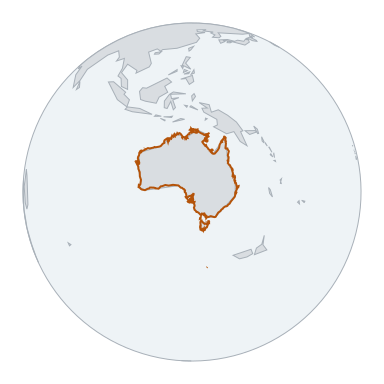 Australia on an orthographic globe, rotated 17°
{"feature_id": "AUS", "entity_name": "Australia", "entity_type": "country or territory", "adm_level": 0, "iso_a3": "AUS", "parent_name": "Oceania", "parent_adm1": "", "projection": "orthographic", "projection_center": [137.073, -32.4], "detail": "fine", "context": "on_globe", "style": "outline", "palette": "amber", "viewbox_px": 384, "rotation_deg": 17, "n_neighbors": 0, "source": "natural_earth", "source_scale": "50m", "svg_char_len": 10967}
<svg xmlns="http://www.w3.org/2000/svg" viewBox="0 0 384 384"><g transform="rotate(17 192 192)"><circle cx="192" cy="192" r="169" fill="#eef3f6" stroke="#a8b0b8"/><path d="M302.6,167.8L302.5,169.0L302.3,169.1L302.6,167.8ZM339.4,112.6L338.0,109.5L339.8,112.6L339.4,112.6ZM336.4,106.9L337.1,108.1L336.4,106.9L336.4,106.9ZM335.5,105.6L336.2,106.5L335.6,105.8L335.5,105.6ZM334.4,104.2L335.0,104.9L334.4,104.2ZM332.3,101.3L331.7,100.5L332.1,100.7L332.3,101.3ZM231.0,356.4L232.7,356.0L240.7,353.8L231.0,356.4ZM233.1,28.1L227.9,27.5L222.6,25.8L233.1,28.1ZM195.9,23.1L188.7,23.3L196.9,23.4L199.8,23.9L194.3,26.3L170.5,32.1L174.1,34.7L172.8,36.6L166.4,38.0L168.0,35.1L163.5,34.4L165.5,32.8L155.7,34.7L158.0,32.6L149.3,35.5L150.2,37.0L157.9,35.7L149.4,39.7L154.4,42.7L152.5,47.6L135.7,58.9L122.3,64.4L121.0,66.5L117.0,65.3L109.6,70.9L115.5,80.9L114.6,84.8L103.7,94.7L103.8,91.8L93.1,88.6L89.7,98.5L97.7,103.7L100.4,112.7L93.6,111.7L91.0,104.1L87.3,102.7L89.3,94.1L88.3,84.0L81.5,88.8L83.1,84.3L80.6,78.4L71.4,85.7L56.1,105.2L52.3,118.1L47.8,126.8L46.6,113.9L50.0,103.7L47.1,107.6L48.0,103.7L46.7,105.8L53.1,95.7L60.3,86.2L68.1,77.2L76.5,68.7L85.4,60.9L94.9,53.7L104.9,47.2L115.4,41.4L126.2,36.4L137.3,32.1L148.7,28.7L160.3,26.0L172.1,24.2L184.0,23.2L195.9,23.1ZM26.9,228.1L27.1,228.9L30.9,242.1L36.7,258.4L41.0,266.9L44.6,274.3L48.0,279.7L53.7,288.5L61.4,298.9L65.7,304.2L57.8,294.7L50.7,284.6L44.3,274.1L38.7,263.1L33.9,251.7L30.0,240.0L26.9,228.1ZM88.4,276.8L91.6,277.7L90.6,279.3L88.4,276.8ZM29.3,224.3L38.8,252.1L39.1,256.6L35.8,251.2L29.9,235.8L28.5,227.0L26.9,218.5L29.3,224.3ZM140.2,130.8L145.3,131.1L145.2,131.9L140.2,130.8ZM134.9,128.8L140.5,128.5L134.0,130.6L134.9,128.8ZM142.8,128.4L148.6,126.5L151.1,125.2L150.7,126.7L142.8,128.4ZM131.1,129.4L111.4,132.7L103.8,132.5L105.4,129.5L117.6,127.4L131.1,129.4ZM104.8,129.6L93.6,125.5L79.9,111.2L84.8,109.5L99.4,116.0L98.4,118.4L105.2,122.1L104.8,129.6ZM132.8,110.9L131.8,117.6L120.7,118.8L115.8,118.6L112.4,111.1L114.3,106.7L118.2,106.0L134.8,90.3L140.3,92.8L135.0,98.9L139.6,103.7L132.8,110.9ZM52.5,119.0L53.8,124.9L51.5,127.8L52.5,119.0ZM142.4,80.9L135.1,87.0L142.0,79.3L142.4,80.9ZM147.0,74.2L147.0,76.7L144.6,74.5L147.0,74.2ZM120.0,69.7L115.8,71.2L116.1,69.6L121.7,66.8L120.0,69.7ZM151.0,52.2L149.3,56.5L148.0,58.1L146.8,55.6L151.0,52.2ZM265.2,229.5L268.1,233.2L263.6,238.0L257.0,242.0L249.8,240.5L265.2,229.5ZM211.1,225.5L209.1,217.0L216.9,218.2L215.2,224.9L211.1,225.5ZM270.0,226.8L274.0,221.6L273.8,212.3L275.3,221.7L280.5,225.5L270.0,233.7L270.0,226.8ZM177.6,189.7L146.9,203.9L139.5,202.8L140.1,196.6L130.9,180.4L133.2,180.4L130.2,169.7L147.6,158.2L159.7,141.0L170.8,142.1L178.4,131.0L190.3,132.7L187.5,141.5L200.8,149.3L207.7,129.8L217.9,153.9L228.9,165.0L234.3,182.6L222.0,208.6L213.1,212.4L210.5,208.9L207.0,211.3L200.3,208.7L194.8,197.9L191.4,200.4L193.8,193.5L189.4,199.4L185.1,192.7L177.6,189.7ZM263.9,165.3L266.2,166.9L270.4,173.2L266.7,170.7L263.9,165.3ZM296.9,169.0L298.3,172.0L295.9,170.9L296.9,169.0ZM302.3,169.1L299.3,167.9L302.6,167.8L302.3,169.1ZM273.6,155.8L274.9,157.8L274.0,157.9L273.6,155.8ZM272.7,154.8L273.7,153.0L273.8,155.4L272.7,154.8ZM261.2,137.9L262.3,137.3L263.0,138.4L261.2,137.9ZM152.9,130.8L159.7,125.0L163.7,124.6L152.9,130.8ZM259.1,134.8L255.9,133.5L256.2,132.4L259.1,134.8ZM259.1,132.2L258.7,130.5L260.9,135.0L259.1,132.2ZM252.8,126.5L256.9,130.7L252.4,126.7L252.8,126.5ZM250.6,126.1L247.8,124.0L247.9,123.6L250.6,126.1ZM220.8,120.1L231.1,131.7L223.3,129.6L214.4,122.0L208.1,126.2L193.6,123.3L196.7,120.4L194.5,115.3L180.0,112.2L177.0,109.0L182.1,107.2L172.7,104.4L182.9,103.5L187.2,110.0L193.1,105.7L203.6,108.2L214.0,112.1L222.8,118.6L220.8,120.1ZM183.3,117.4L185.1,117.5L183.6,119.4L183.3,117.4ZM242.4,118.8L246.5,123.2L246.1,123.8L244.1,122.7L242.4,118.8ZM224.8,117.9L234.1,114.9L236.4,115.6L230.3,120.1L224.8,117.9ZM231.7,110.9L236.1,112.8L238.6,116.5L237.7,117.0L231.7,110.9ZM162.5,110.8L162.2,112.5L159.6,111.2L162.5,110.8ZM165.8,109.8L173.7,111.8L165.1,111.2L165.8,109.8ZM142.9,104.8L145.1,108.6L151.9,105.6L146.7,109.6L151.5,116.1L150.1,118.8L145.2,111.6L143.8,119.4L140.8,119.5L139.0,113.1L141.9,105.2L144.9,101.8L157.4,99.9L142.9,104.8ZM165.7,104.8L163.6,100.2L165.2,97.3L167.4,99.6L165.7,104.8ZM158.0,89.9L153.0,85.3L148.2,87.4L158.3,80.4L161.4,85.8L158.0,89.9ZM154.3,79.8L149.8,81.6L154.7,77.7L154.3,79.8ZM148.8,80.2L148.7,77.1L152.1,77.3L148.8,80.2ZM156.7,79.8L158.1,74.5L159.5,77.5L156.7,79.8ZM148.2,70.6L154.9,74.9L145.6,73.5L146.9,64.3L151.0,63.8L148.2,70.6ZM181.9,38.9L181.9,37.3L186.1,37.1L184.9,38.2L181.9,38.9ZM199.7,36.0L187.2,36.5L177.1,37.7L179.5,38.5L175.9,41.4L173.2,38.7L181.3,35.8L188.7,35.4L191.2,33.5L197.5,32.7L198.3,30.5L201.5,30.0L203.0,31.9L199.7,36.0ZM198.4,29.7L202.1,27.0L209.3,28.2L210.1,29.0L205.4,29.6L201.8,28.9L198.4,29.7ZM205.1,26.8L201.7,26.2L200.1,23.7L201.6,23.6L206.6,25.5L203.7,25.1L202.8,25.8L205.1,26.8Z" fill="#d9dde1" stroke="#a8b0b8" stroke-width="1"/><path d="M209.6,133.5L209.4,134.4L210.2,135.4L211.1,140.2L211.6,140.6L213.1,140.0L213.6,140.8L215.3,142.2L215.5,146.4L216.4,147.8L216.8,147.9L217.3,150.0L217.0,151.8L217.8,152.7L217.8,153.9L219.9,155.3L220.6,155.3L221.4,156.5L224.1,158.3L224.4,158.9L223.8,159.1L225.7,162.2L226.1,164.8L226.5,164.7L226.8,165.2L227.1,164.1L228.3,165.4L228.6,164.9L228.9,165.5L228.9,168.1L229.6,169.2L231.3,170.4L233.7,174.6L233.6,175.4L234.1,176.2L233.5,179.8L234.3,183.0L234.2,184.3L232.0,189.6L231.4,192.1L230.2,193.7L229.9,194.9L229.0,195.7L228.1,196.0L226.6,197.8L226.4,198.8L225.2,200.3L224.8,201.8L223.1,204.0L221.8,208.9L220.7,209.5L217.0,209.6L214.4,211.5L212.9,211.5L213.2,212.0L213.5,211.9L213.2,212.8L212.8,211.9L212.3,212.0L212.0,211.3L211.1,210.8L211.5,210.4L211.4,210.0L211.0,209.9L210.1,210.6L209.6,210.1L210.1,210.2L210.6,209.5L210.1,208.9L208.9,209.5L209.5,209.7L206.8,211.3L204.4,209.9L202.8,209.5L202.1,209.8L201.1,208.9L199.7,208.3L198.4,206.4L198.6,204.6L198.3,203.8L196.5,201.4L197.3,201.5L197.3,200.8L195.5,201.6L194.7,201.5L195.5,199.8L195.4,199.0L194.5,197.2L193.5,200.1L191.5,200.4L191.9,199.4L192.8,199.4L193.0,197.2L194.1,195.5L193.9,194.4L194.3,194.1L193.8,192.5L193.8,193.3L192.4,195.6L190.4,196.8L189.1,198.7L189.3,199.6L188.9,199.3L188.6,199.5L187.3,198.5L187.5,198.2L188.1,198.5L187.5,196.6L186.2,194.6L185.2,194.3L184.6,193.1L184.9,193.1L184.9,192.5L183.5,191.6L182.4,191.5L181.2,190.9L179.9,191.1L177.1,189.7L171.7,190.7L167.8,192.7L164.4,193.1L161.7,195.2L160.5,195.7L159.1,198.6L155.9,199.2L155.7,198.9L154.1,199.0L150.5,200.0L149.8,201.3L148.6,201.9L146.5,204.0L143.4,204.3L142.1,204.0L140.9,203.2L139.5,203.0L139.1,200.8L140.0,201.0L140.4,199.6L139.6,195.2L137.5,192.2L136.2,188.3L134.0,185.6L133.3,183.5L130.6,180.7L131.0,180.8L131.0,180.3L131.8,181.5L132.3,181.2L132.3,180.7L130.9,179.2L130.9,178.8L131.7,179.3L131.9,180.2L132.1,179.8L132.6,180.6L132.9,180.8L133.2,180.4L132.9,179.1L130.3,175.5L130.2,173.9L130.6,172.4L130.5,170.9L130.1,170.2L130.6,167.9L130.8,167.7L131.2,169.5L131.7,169.0L132.3,167.3L134.1,165.9L137.0,162.9L138.8,162.7L142.2,160.8L143.0,159.9L144.3,159.8L147.9,157.9L148.8,157.0L149.9,154.4L151.2,153.1L150.5,151.6L150.7,150.4L152.5,148.1L154.4,151.0L154.3,149.6L155.0,149.8L155.1,149.2L154.0,148.1L154.3,147.9L154.2,147.3L154.6,147.2L154.9,147.7L155.4,147.3L157.5,147.4L156.4,147.3L157.0,146.0L156.7,146.3L156.3,145.7L156.4,145.0L156.7,144.9L157.1,144.3L158.1,144.6L158.1,144.2L157.7,144.3L157.4,143.9L158.0,143.4L158.9,143.6L158.3,142.6L159.4,141.8L159.5,141.1L159.6,141.9L160.1,141.7L160.3,142.1L160.6,141.7L160.7,140.2L161.3,140.7L161.6,140.2L162.1,140.6L163.0,139.3L164.6,140.0L166.8,141.8L166.5,143.5L166.7,143.2L167.0,143.3L166.8,142.6L167.9,141.8L169.2,142.0L169.7,142.7L169.8,141.9L170.9,142.6L170.9,141.8L171.5,141.7L170.8,141.2L171.0,141.0L170.1,140.6L171.0,139.3L171.3,138.2L172.5,137.3L172.2,136.4L172.8,135.6L173.5,135.5L173.5,134.9L174.2,135.2L174.2,134.6L175.4,133.7L175.8,134.3L178.1,133.9L178.6,134.2L178.9,133.8L179.4,133.7L179.3,132.4L176.8,131.6L177.2,131.2L177.8,131.5L178.3,131.3L179.3,132.0L180.1,131.7L180.8,132.5L184.3,133.3L185.2,133.1L186.1,133.7L186.7,133.8L188.7,132.6L188.1,133.7L188.9,133.6L189.1,134.3L189.7,134.3L189.7,133.5L190.5,133.0L191.6,134.1L190.5,135.3L190.6,135.9L190.2,136.5L189.8,136.3L188.7,136.7L188.8,138.5L187.2,140.8L187.4,141.3L189.8,143.1L191.0,143.4L191.2,144.0L191.8,144.0L193.8,145.0L195.3,146.3L197.5,146.9L198.1,148.1L200.3,149.2L201.7,149.1L202.6,148.5L204.3,144.7L205.0,141.9L204.6,138.4L205.1,136.9L205.0,136.0L206.0,135.5L205.2,134.7L205.3,134.4L205.8,133.3L206.1,133.6L206.7,130.6L207.6,129.9L208.0,130.1L207.8,130.4L208.5,131.1L208.7,133.1L209.6,133.5ZM209.0,216.9L210.3,217.3L212.4,218.6L213.4,218.5L213.6,218.7L214.0,218.3L215.0,218.4L216.2,217.9L216.7,218.1L216.5,222.1L216.3,221.4L215.8,222.1L215.4,223.3L215.3,224.7L214.9,224.9L214.7,224.3L215.0,224.0L214.6,223.7L214.3,224.3L214.0,223.5L213.7,224.7L213.2,224.5L213.4,224.9L212.8,225.8L211.1,225.5L211.0,225.0L211.5,224.8L210.8,224.7L210.1,223.6L209.7,221.5L210.2,222.3L210.3,221.9L210.0,221.3L209.8,221.4L209.8,220.9L209.0,219.0L208.8,217.8L209.0,216.9ZM173.4,131.9L175.2,131.3L176.0,132.0L174.4,133.4L173.1,132.6L172.7,131.5L173.4,131.9ZM193.3,201.8L194.0,201.8L194.5,202.2L193.4,202.3L192.9,202.8L191.2,202.7L190.7,202.3L191.0,201.9L192.6,201.4L193.2,201.5L193.3,201.8ZM191.0,138.1L191.5,138.1L191.1,138.9L191.7,139.2L191.5,139.5L189.9,139.3L190.1,138.3L190.8,137.8L191.0,138.1ZM234.0,175.6L233.8,175.0L234.1,174.0L234.6,173.5L234.5,172.9L234.8,172.7L234.9,173.7L234.0,175.6ZM216.6,214.9L217.2,215.6L217.2,216.2L216.7,216.4L216.1,215.2L216.6,214.9ZM172.4,131.9L173.4,133.2L171.8,133.2L172.4,131.9ZM207.4,215.2L207.3,214.5L207.7,213.6L207.9,214.7L207.4,215.2ZM199.4,145.8L198.7,146.2L197.9,146.5L198.3,145.7L199.1,145.5L199.4,145.8ZM130.5,180.3L129.9,179.6L129.7,178.9L129.8,178.9L130.5,180.3ZM217.1,216.6L217.4,217.0L217.2,217.1L216.4,216.7L217.1,216.6ZM229.4,168.4L229.9,168.5L229.8,169.2L229.4,168.4ZM217.7,151.7L217.8,152.2L217.7,152.5L217.2,151.8L217.7,151.7ZM213.8,224.9L213.8,225.6L213.4,225.3L213.8,224.9ZM234.5,180.7L234.2,181.4L234.3,180.5L234.5,180.7ZM179.1,131.5L178.7,130.7L179.0,130.5L179.2,131.1L179.1,131.5ZM191.0,130.9L190.4,131.6L191.2,130.4L191.0,130.9ZM234.3,180.3L234.2,179.7L234.4,179.5L234.5,179.5L234.3,180.3ZM192.1,143.7L191.6,143.5L191.8,143.1L192.0,143.3L192.1,143.7ZM189.7,138.1L189.3,138.2L189.5,137.7L189.7,138.1ZM133.7,163.6L133.7,164.2L133.7,163.6ZM207.1,129.9L206.8,130.1L206.6,129.7L206.8,129.6L207.1,129.9ZM211.4,210.3L211.0,210.5L210.9,210.4L211.0,210.2L211.4,210.3ZM228.5,259.5L228.2,260.0L228.6,259.3L228.5,259.5ZM190.3,131.8L189.4,132.2L190.3,131.6L190.3,131.8ZM158.3,141.9L158.1,142.2L158.2,141.8L158.3,141.9ZM214.1,224.9L213.9,224.6L214.0,224.4L214.1,224.5L214.1,224.9ZM199.0,147.5L198.6,147.5L198.8,147.2L199.0,147.5ZM156.8,144.5L156.6,144.7L156.6,144.3L156.8,144.5ZM210.7,210.5L211.0,210.9L210.5,210.7L210.7,210.5ZM226.8,164.0L226.7,164.0L226.8,163.7L226.8,164.0ZM209.2,216.4L209.1,216.7L209.1,216.4L209.2,216.4Z" fill="none" stroke="#b45309" stroke-width="2"/></g></svg>